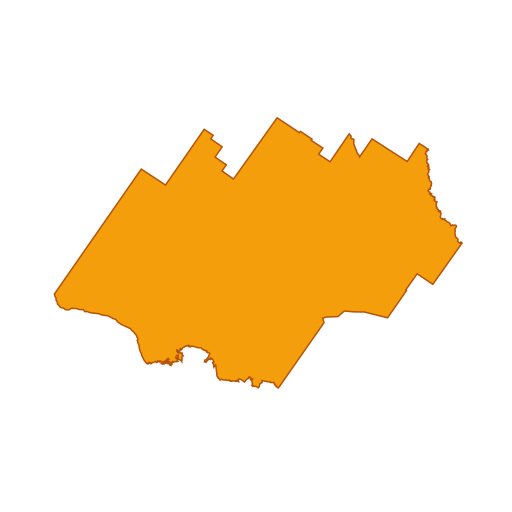 Bahía Blanca, Buenos Aires, Argentina, rotated 350°
{"feature_id": "61730980B87066922657052", "entity_name": "Bahía Blanca", "entity_type": "district", "adm_level": 2, "iso_a3": "ARG", "parent_name": "Argentina", "parent_adm1": "Buenos Aires", "projection": "natural_earth1", "projection_center": [-62.323, -38.588], "detail": "fine", "context": "isolated", "style": "filled", "palette": "amber", "viewbox_px": 512, "rotation_deg": 350, "n_neighbors": 0, "source": "geoboundaries", "source_scale": "gbopen_adm2", "svg_char_len": 6124}
<svg xmlns="http://www.w3.org/2000/svg" viewBox="0 0 512 512"><g transform="rotate(350 256 256)"><path d="M441.9,178.7L436.3,173.5L421.3,189.2L390.6,160.8L375.2,176.4L375.0,174.9L373.6,172.3L373.3,171.0L373.3,169.1L372.9,168.5L371.7,162.3L372.7,158.2L371.6,157.4L370.7,157.2L370.1,156.8L370.0,156.0L370.5,154.5L369.0,151.9L345.3,176.1L335.4,166.6L340.6,161.3L330.5,151.8L331.5,150.7L321.4,141.0L320.2,142.1L300.8,123.6L247.2,176.3L237.3,166.3L242.6,161.1L232.9,151.5L241.6,142.6L231.8,132.8L234.8,129.7L227.0,122.2L179.2,170.4L158.1,150.5L50.8,258.5L51.1,258.9L51.0,261.0L51.6,262.1L51.7,263.8L51.4,265.1L52.4,266.8L52.1,268.4L52.3,269.2L53.6,270.7L54.4,272.6L57.9,274.3L58.9,275.7L62.3,276.6L65.3,275.5L70.2,276.6L72.7,278.1L76.6,278.9L77.8,281.1L80.0,281.4L83.1,283.1L91.8,285.8L94.0,287.3L100.1,289.3L104.2,292.7L106.4,293.8L107.6,295.2L107.9,296.4L108.5,297.2L112.0,300.4L120.0,305.9L120.5,307.7L121.5,308.4L122.5,309.6L123.1,311.2L124.3,313.0L124.6,314.8L125.3,316.6L125.2,317.5L124.3,318.4L124.6,319.1L124.6,321.1L125.2,323.2L125.1,328.1L126.2,332.7L126.3,334.5L127.7,339.2L129.6,342.7L130.1,343.3L130.8,343.5L131.1,343.0L131.4,343.1L131.5,342.5L132.0,342.7L132.0,342.2L132.5,342.1L133.2,342.6L133.3,343.6L134.0,343.9L134.3,343.7L134.5,343.2L137.2,342.9L138.5,342.3L138.9,342.5L139.3,343.5L140.0,343.6L140.7,343.4L140.9,342.3L141.4,342.4L142.2,343.3L142.4,342.7L143.0,342.6L143.1,342.8L143.8,342.8L143.7,343.5L144.2,344.4L143.9,345.3L145.3,346.3L146.0,346.3L146.5,345.7L145.9,345.2L145.9,344.1L146.7,344.5L147.1,345.8L147.4,345.3L146.9,344.9L146.9,344.2L148.1,343.6L148.3,344.5L147.9,344.7L148.3,345.0L148.2,345.8L148.8,345.7L148.6,344.3L149.2,343.8L149.1,345.1L149.8,346.3L150.7,345.1L150.2,344.4L149.8,342.8L150.9,342.6L150.8,341.8L151.7,341.7L151.5,342.3L152.1,342.6L151.0,343.1L150.8,344.2L151.2,344.3L151.2,344.7L151.6,344.9L151.7,346.1L151.3,346.7L151.8,347.2L151.8,348.0L153.2,349.1L153.8,348.2L153.6,347.8L153.4,346.1L154.6,347.4L154.8,345.8L155.6,345.4L156.3,346.3L157.5,345.9L159.2,346.3L160.6,346.2L160.1,345.7L160.1,345.0L160.5,344.4L160.1,342.7L159.1,342.3L160.1,340.7L161.2,340.0L162.1,340.0L162.3,340.3L161.4,341.2L161.8,342.1L161.7,342.7L161.0,342.7L161.9,343.8L161.4,344.6L162.3,344.7L163.7,345.7L164.4,346.9L164.4,346.4L165.1,345.8L165.0,345.2L165.3,344.7L165.4,342.9L166.4,341.9L167.0,341.7L166.1,340.3L166.5,338.9L165.4,338.9L165.1,338.1L164.1,337.5L163.4,338.1L162.2,337.5L162.3,336.7L162.0,336.7L162.0,336.1L161.5,335.8L161.8,335.1L161.7,334.6L162.1,334.6L163.7,336.5L164.7,336.0L165.0,335.5L164.9,335.2L165.3,334.9L165.2,334.3L165.4,334.1L165.8,334.5L165.7,335.2L166.2,335.4L167.3,334.5L167.8,333.6L169.0,333.5L171.3,332.3L172.1,332.8L174.3,332.2L174.5,332.9L174.1,333.6L174.9,334.0L175.5,334.1L176.3,333.8L176.3,333.5L176.9,333.6L180.1,334.7L181.9,335.9L184.6,336.7L185.4,336.7L186.1,337.1L187.1,338.8L188.2,339.1L188.2,339.5L188.8,340.0L189.3,339.9L191.0,340.8L190.9,341.3L189.9,341.9L190.9,341.6L191.3,341.8L191.2,342.4L191.4,342.8L192.9,343.0L193.5,344.0L191.5,347.1L189.4,349.2L187.4,349.8L187.3,350.4L186.9,351.2L187.5,351.3L188.2,352.0L189.1,351.4L189.4,350.5L191.2,349.8L192.2,349.0L192.3,349.6L192.8,350.0L193.6,350.0L193.9,348.8L195.2,349.7L195.3,350.5L195.8,351.3L195.8,352.0L196.2,352.7L195.7,353.5L194.7,353.4L194.6,353.7L195.4,354.8L195.2,355.9L195.3,358.1L195.6,357.7L195.5,356.9L196.1,357.0L197.0,356.2L197.4,356.3L197.0,363.1L197.2,365.5L196.8,365.7L196.8,367.7L197.2,368.6L197.6,368.8L197.5,369.4L197.7,369.7L198.0,369.6L199.1,372.0L200.6,371.4L202.1,372.3L205.4,373.1L206.5,373.6L208.3,373.6L208.4,374.2L209.2,374.5L209.1,374.8L210.5,375.2L210.8,374.8L214.0,375.5L214.4,375.6L214.3,375.9L215.2,376.2L215.7,376.1L215.6,375.2L216.7,375.0L216.9,376.7L217.1,376.8L216.9,374.9L217.4,374.7L217.6,374.2L218.4,374.2L219.7,374.9L222.8,378.1L225.2,375.8L225.7,375.8L226.3,375.3L227.3,375.4L227.8,375.0L227.8,374.1L228.1,373.9L229.1,374.2L229.0,374.7L229.5,374.8L229.6,375.2L229.2,376.6L230.8,376.0L231.4,376.2L230.9,377.2L230.1,378.0L230.3,381.6L229.4,382.7L229.9,383.6L230.6,383.4L231.3,384.1L233.1,384.3L234.7,385.3L235.3,386.2L236.8,385.0L237.2,383.4L237.8,382.5L238.9,382.0L239.8,381.9L240.2,381.4L240.1,380.1L240.3,379.5L242.9,380.9L244.2,381.0L245.0,381.8L246.6,381.9L248.5,383.1L248.6,382.9L249.0,383.3L251.7,383.7L251.6,384.3L252.1,385.0L251.9,386.1L253.2,387.2L253.1,388.0L253.7,388.3L254.2,389.3L255.2,389.8L311.4,333.5L310.9,328.9L314.3,328.3L326.2,329.9L333.5,325.5L342.2,327.9L353.1,330.0L374.8,339.7L398.2,316.2L397.5,315.5L411.6,301.5L425.2,314.6L461.2,279.0L460.2,277.8L459.4,278.8L459.0,278.8L457.6,277.2L457.1,276.5L457.8,275.2L457.6,274.0L456.0,272.1L455.8,269.8L456.0,266.9L456.7,265.8L456.4,264.9L456.5,264.3L458.5,261.8L458.5,260.9L457.2,260.0L455.9,260.2L455.0,259.5L453.4,260.0L453.0,259.9L452.9,258.3L451.7,256.3L450.4,255.8L450.0,255.5L449.7,254.6L448.6,253.8L448.2,253.0L448.5,252.3L448.1,252.0L446.9,252.5L446.2,252.5L446.1,251.6L445.5,251.7L444.7,251.1L444.2,249.3L444.6,248.8L445.7,246.0L444.9,244.5L445.5,244.0L445.4,243.7L444.9,243.4L444.3,244.3L443.5,243.8L443.8,242.7L443.6,241.7L442.9,241.6L442.3,240.2L442.7,239.5L442.1,238.8L442.6,236.3L442.5,235.5L442.6,235.1L443.2,234.9L443.6,234.1L441.9,233.2L441.8,232.5L441.0,232.0L441.4,231.0L442.0,231.1L442.3,229.0L441.7,228.6L441.2,228.9L440.7,228.5L440.7,227.8L438.9,226.8L438.9,225.9L439.8,225.4L439.3,224.9L437.8,224.9L438.4,223.3L437.4,222.9L436.7,221.2L437.6,220.9L438.1,220.3L439.3,220.4L439.5,219.2L439.4,218.8L440.7,217.4L441.1,216.7L441.0,215.8L441.6,214.9L441.3,214.1L441.5,213.5L440.0,211.9L440.1,209.3L440.0,208.9L439.5,208.9L439.8,207.9L440.2,207.7L439.8,207.4L439.8,206.8L439.1,205.1L440.6,203.5L441.0,202.2L440.9,201.8L441.9,200.9L441.2,200.3L441.6,199.0L440.9,199.2L441.3,198.2L440.6,197.6L441.1,196.5L441.7,196.8L441.9,196.6L441.6,195.4L440.5,194.2L440.7,193.0L440.4,192.0L440.9,191.7L441.2,190.8L441.9,190.5L441.3,189.7L441.2,188.6L441.7,188.0L441.4,187.6L441.7,186.8L441.3,185.5L440.5,184.9L440.6,184.3L441.1,183.8L441.4,182.8L442.5,182.9L442.9,181.6L444.2,181.6L443.8,180.8L444.0,180.5L443.6,180.3L443.2,180.8L441.9,178.7Z" fill="#f59e0b" stroke="#b45309" stroke-width="1.5"/></g></svg>